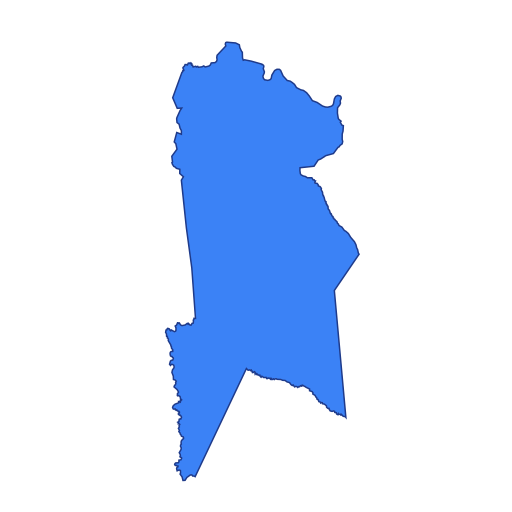 the district of Chibuto, Gaza, Mozambique, rotated 174°
{"feature_id": "85939544B98651386750815", "entity_name": "Chibuto", "entity_type": "district", "adm_level": 2, "iso_a3": "MOZ", "parent_name": "Mozambique", "parent_adm1": "Gaza", "projection": "natural_earth1", "projection_center": [33.631, -24.266], "detail": "fine", "context": "isolated", "style": "filled", "palette": "blue", "viewbox_px": 512, "rotation_deg": 174, "n_neighbors": 0, "source": "geoboundaries", "source_scale": "gbopen_adm2", "svg_char_len": 6087}
<svg xmlns="http://www.w3.org/2000/svg" viewBox="0 0 512 512"><g transform="rotate(174 256 256)"><path d="M353.9,189.5L353.2,188.0L353.3,185.5L352.6,185.3L352.7,183.7L352.2,183.5L351.8,182.6L352.1,181.0L350.0,176.3L350.1,175.5L349.6,174.8L349.7,173.3L348.6,171.4L348.8,169.8L350.2,169.9L351.0,169.5L351.5,168.7L351.7,167.6L351.5,165.7L350.9,165.0L350.0,164.8L349.6,163.9L349.1,163.6L348.9,162.6L349.7,161.2L351.2,161.1L352.1,160.4L353.3,157.4L352.5,156.1L351.4,157.1L350.2,156.8L349.3,156.1L349.0,154.7L349.2,153.5L351.0,151.4L351.8,149.0L350.8,145.2L351.0,141.8L349.5,141.2L348.4,139.8L349.2,138.6L349.0,137.8L349.6,136.4L350.5,135.9L351.2,134.4L348.4,131.4L347.3,128.9L347.4,128.4L348.5,127.4L348.8,125.4L348.5,125.1L347.7,125.3L346.2,124.2L346.0,122.0L345.0,120.7L345.5,120.3L346.1,120.9L346.6,119.9L346.3,119.3L346.6,118.5L348.2,119.3L348.3,118.1L352.0,117.1L353.9,115.8L354.8,114.2L354.4,112.7L353.8,112.3L352.4,112.4L352.2,111.4L351.6,111.4L351.4,110.9L350.8,111.1L350.3,110.1L348.9,109.6L348.7,109.2L349.0,108.9L348.5,108.7L348.6,107.9L349.8,107.0L349.0,105.9L348.2,105.8L348.2,105.3L347.3,104.7L346.9,103.5L347.8,101.8L348.5,102.1L349.1,101.4L349.5,101.5L350.0,99.4L351.2,98.9L350.7,98.4L350.8,97.3L350.2,97.5L349.4,96.5L350.3,95.2L350.1,94.0L351.2,92.7L350.4,90.6L351.1,89.4L350.0,87.8L350.0,86.8L349.4,86.1L349.0,84.6L347.3,83.7L347.0,82.5L347.4,81.7L348.2,81.4L349.7,79.7L350.1,77.7L349.9,76.8L350.8,75.8L351.0,74.5L350.4,73.1L350.7,71.5L352.9,68.4L352.1,66.6L352.1,65.2L352.6,64.5L352.5,64.0L351.2,63.3L351.1,62.7L351.9,61.2L354.0,61.0L354.1,59.5L354.9,58.5L357.5,58.6L358.3,58.0L358.7,57.0L358.1,56.1L356.7,56.0L356.1,55.1L355.5,55.1L355.8,54.3L356.7,54.1L357.2,52.9L356.9,50.6L354.9,51.2L353.6,50.6L353.7,48.0L354.3,47.1L352.6,44.0L352.1,40.4L350.0,40.3L347.9,43.0L344.2,45.1L342.7,45.0L342.0,43.8L340.5,43.6L339.6,42.9L277.3,145.1L275.8,143.2L274.1,143.4L273.5,142.7L272.7,143.0L272.7,142.3L271.5,142.1L272.1,141.9L271.8,140.7L271.4,141.1L270.8,140.5L269.5,141.1L268.9,140.0L269.3,139.4L269.2,138.7L268.8,139.2L267.7,139.0L267.9,138.4L267.5,137.9L266.8,138.1L266.4,137.4L265.5,137.3L265.3,136.9L264.5,137.0L264.4,135.9L263.6,134.9L262.7,135.8L261.0,134.3L258.6,134.2L258.3,133.2L257.9,133.4L257.6,132.9L256.1,133.3L254.8,132.7L254.5,131.8L253.7,132.0L253.6,132.4L253.0,131.4L251.5,132.0L250.8,131.2L249.7,131.8L248.7,131.8L248.0,131.2L244.3,130.6L242.5,129.6L240.1,129.2L238.4,127.6L235.9,126.6L234.7,124.5L233.5,123.4L232.6,123.9L231.3,121.8L230.0,122.2L228.8,121.7L228.2,120.9L227.0,121.7L226.3,121.4L225.2,122.4L224.6,122.3L224.3,121.8L223.8,121.9L223.5,122.7L222.4,122.2L221.6,121.3L220.9,121.2L220.1,120.3L216.6,118.1L216.8,116.4L214.4,115.3L213.7,114.1L213.9,112.8L211.8,111.2L211.2,109.5L210.5,108.8L210.2,107.1L209.3,106.8L208.7,104.6L207.3,104.0L207.0,103.0L206.3,103.4L205.4,103.2L205.3,102.1L203.6,101.6L202.9,101.0L201.6,99.7L201.6,98.2L200.5,97.0L199.3,96.8L199.3,96.0L198.4,94.2L196.5,93.5L195.0,93.8L194.1,93.3L194.0,92.2L192.5,91.8L192.4,90.6L191.9,90.0L191.1,89.6L190.6,90.6L190.2,89.8L188.0,89.8L188.1,88.9L187.2,89.0L186.4,87.8L185.1,87.1L184.2,87.1L183.5,86.1L181.7,213.5L153.3,247.0L153.9,248.2L154.3,251.8L155.0,253.5L155.4,256.7L156.6,259.9L159.9,264.7L161.8,268.7L164.0,271.1L165.5,272.2L167.6,275.8L170.3,277.7L170.7,279.2L171.6,280.1L171.9,281.7L173.5,283.4L173.7,284.1L174.5,284.6L174.7,285.5L175.3,285.9L175.3,287.1L176.4,288.2L176.7,289.9L177.1,289.9L177.2,290.5L177.6,290.7L178.2,293.7L179.3,295.3L179.2,298.0L180.0,298.7L179.9,299.4L180.8,300.6L180.5,300.9L181.1,302.8L180.9,302.9L181.6,303.6L182.2,307.6L182.7,308.4L182.6,309.2L183.2,309.8L183.2,312.5L184.3,315.2L183.9,316.1L184.4,317.4L185.1,318.4L186.7,319.2L186.7,320.3L187.6,321.8L189.6,322.3L189.8,323.1L189.0,324.4L189.6,324.6L190.2,325.7L191.2,325.7L192.3,328.0L196.7,328.4L198.5,329.9L200.6,330.6L202.7,332.0L203.3,333.2L203.4,336.6L203.0,339.2L188.9,339.2L184.1,345.0L181.5,345.7L176.1,348.5L168.3,349.8L163.1,355.5L161.9,355.9L160.9,357.2L158.6,358.5L157.8,360.8L158.1,363.0L157.5,368.3L156.4,371.1L155.5,376.5L156.9,377.2L158.2,380.2L157.3,381.2L159.3,383.2L159.8,384.2L160.1,389.6L159.4,394.9L156.8,397.6L156.0,399.2L156.1,401.4L154.8,403.8L154.8,405.2L155.3,406.2L157.8,407.2L160.1,406.3L161.6,404.1L163.0,399.4L163.7,398.2L165.2,397.1L169.0,396.5L171.3,396.9L174.2,398.2L179.1,402.3L183.7,404.6L186.3,409.6L188.6,413.1L191.5,415.7L194.1,416.6L197.5,418.8L198.2,419.4L199.8,422.7L201.8,424.7L203.7,426.3L206.6,427.3L210.2,432.2L212.1,438.0L213.2,439.2L215.7,439.5L218.1,438.5L221.3,434.3L222.4,430.8L223.8,429.8L225.9,429.4L229.1,430.4L230.0,431.9L230.3,433.4L230.2,434.4L228.7,437.1L228.4,438.4L229.2,441.5L228.4,443.6L228.5,444.7L229.3,445.6L230.1,445.8L230.1,446.2L240.4,450.3L246.8,452.3L248.2,452.0L248.7,454.4L248.3,460.1L249.0,461.1L250.3,464.9L250.5,467.8L254.0,470.0L262.7,471.7L263.8,471.4L264.4,470.0L264.1,468.0L273.7,459.7L274.3,457.5L274.2,455.3L274.9,453.7L276.5,452.6L280.3,452.7L281.6,450.6L283.1,449.8L286.8,449.3L288.1,450.5L290.0,449.8L293.6,449.7L294.1,450.7L295.6,450.2L296.1,451.0L298.6,450.6L298.9,450.7L299.1,452.3L300.0,452.5L299.7,453.8L300.6,454.9L301.3,454.1L302.3,455.0L303.3,454.8L304.1,453.3L304.5,453.1L305.3,453.7L306.5,453.8L307.3,452.4L308.9,451.1L309.0,450.5L308.3,448.3L308.6,447.9L309.4,448.0L309.8,446.8L310.5,446.3L322.3,422.1L318.9,411.1L314.4,410.9L316.3,408.6L320.2,401.9L320.6,400.7L320.6,397.0L318.7,395.1L318.2,391.2L317.1,388.4L317.5,384.9L321.9,387.1L325.4,378.0L324.0,376.1L323.4,370.5L329.3,364.0L329.2,358.1L329.9,357.6L329.5,355.9L328.4,353.7L327.2,353.0L326.0,351.5L322.7,350.2L323.2,346.0L319.9,342.4L322.3,339.2L322.3,291.3L321.1,250.7L322.7,200.3L324.2,200.5L324.5,199.2L325.1,198.8L325.1,197.0L325.6,195.7L326.6,195.7L327.9,194.0L328.9,194.3L330.2,196.0L330.7,195.3L331.4,196.2L333.7,194.8L336.9,194.5L338.3,195.4L339.2,197.4L339.9,197.1L340.3,197.7L341.0,197.8L342.2,195.6L343.7,194.8L343.1,192.8L343.4,190.4L343.9,189.6L345.1,189.3L348.0,191.3L348.2,190.7L348.8,190.5L349.9,192.2L349.9,192.6L351.3,193.3L352.1,192.7L352.3,191.9L353.2,191.8L353.9,189.5Z" fill="#3b82f6" stroke="#1e3a8a" stroke-width="1.5"/></g></svg>